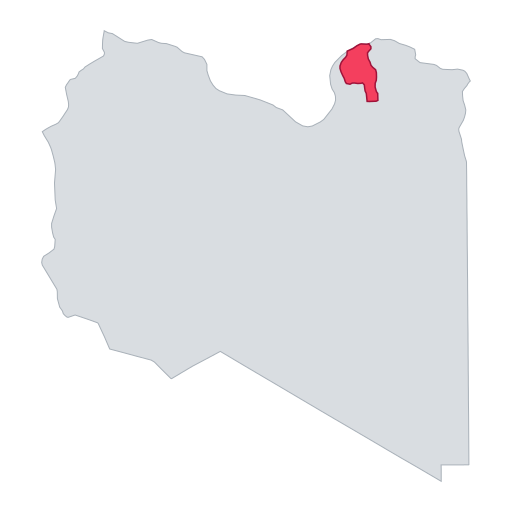 where Al Marj sits in Libya
{"feature_id": "LBY-2981", "entity_name": "Al Marj", "entity_type": "Municipality", "adm_level": 1, "iso_a3": "LBY", "parent_name": "Libya", "parent_adm1": "", "projection": "natural_earth1", "projection_center": [21.128, 31.907], "detail": "fine", "context": "in_parent", "style": "filled", "palette": "rose", "viewbox_px": 512, "rotation_deg": 0, "n_neighbors": 0, "source": "natural_earth", "source_scale": "10m", "svg_char_len": 3719}
<svg xmlns="http://www.w3.org/2000/svg" viewBox="0 0 512 512"><path d="M48.0,128.0L51.3,126.2L55.9,124.2L58.3,122.8L59.4,121.5L63.0,116.4L64.8,113.6L67.4,109.7L68.5,107.0L68.6,104.5L68.3,101.5L66.6,94.3L65.3,87.3L66.6,84.6L67.6,83.3L69.8,80.0L70.7,79.4L75.3,78.3L77.2,76.1L78.6,73.4L79.0,72.0L81.1,70.4L83.5,68.9L85.0,67.0L89.9,63.9L94.4,61.2L99.5,58.3L103.5,56.0L104.4,54.0L104.4,52.3L102.4,48.5L102.5,43.9L102.7,40.1L103.0,37.8L104.1,31.6L104.2,30.7L108.2,32.8L112.4,33.6L124.7,41.4L128.6,42.3L137.4,43.3L147.8,40.1L151.7,39.5L158.4,42.5L161.4,43.3L166.4,43.6L174.9,46.3L177.1,47.2L182.0,51.5L184.4,52.8L202.1,56.8L204.5,59.4L206.9,64.4L206.9,70.6L208.2,75.1L210.4,80.9L213.0,85.1L215.9,88.5L219.3,90.7L227.1,93.9L235.9,95.1L244.8,95.5L260.1,99.9L273.0,105.0L276.2,107.5L282.7,109.9L295.5,121.8L302.7,125.9L307.8,126.8L312.3,126.0L320.4,121.9L323.8,119.4L331.9,109.1L334.6,103.8L335.6,100.0L335.4,96.1L334.4,92.7L332.1,89.0L330.6,84.3L329.7,75.6L330.9,69.7L332.5,66.1L334.9,62.4L341.7,55.5L348.4,50.5L360.2,44.1L367.1,44.0L370.0,43.3L375.6,38.8L377.9,38.6L381.1,39.7L390.4,39.4L394.5,40.7L399.4,43.5L405.6,45.3L410.0,47.0L414.7,49.3L415.7,54.9L415.2,56.5L415.1,58.7L420.0,62.6L433.8,64.4L436.5,65.4L440.3,68.4L442.7,69.3L452.1,69.7L457.6,69.1L462.9,70.2L464.8,71.2L466.8,73.5L469.3,79.1L470.3,81.0L469.3,81.9L467.8,83.9L466.9,85.6L464.4,88.5L462.4,91.5L462.6,96.0L463.1,100.6L464.6,105.0L465.8,109.9L465.5,113.2L464.5,117.1L463.3,120.4L459.3,127.3L458.7,128.9L458.9,131.2L461.5,139.3L461.7,141.8L463.3,149.7L464.7,156.1L466.3,161.1L466.5,162.5L466.6,169.9L466.7,177.3L466.7,184.7L466.8,192.1L466.9,199.5L466.9,206.9L467.0,214.3L467.1,221.7L467.1,229.1L467.2,236.5L467.2,243.9L467.3,251.3L467.4,258.7L467.4,266.0L467.5,273.4L467.6,280.8L467.6,288.2L467.7,295.6L467.7,303.0L467.8,310.4L467.8,317.8L467.9,325.2L468.0,332.6L468.0,340.0L468.1,347.4L468.1,354.8L468.2,362.2L468.2,369.6L468.3,376.9L468.3,384.3L468.4,391.7L468.4,399.1L468.6,415.5L468.7,431.9L468.8,448.3L468.9,464.7L468.7,464.8L461.7,464.9L454.8,464.9L448.0,464.9L441.1,464.9L441.2,469.0L441.2,473.1L441.2,477.2L441.2,481.3L427.9,473.5L414.6,465.7L401.2,458.0L387.9,450.2L374.7,442.4L361.4,434.6L348.1,426.8L334.9,419.1L321.6,411.3L308.4,403.5L295.2,395.7L282.0,387.9L268.8,380.1L255.7,372.4L242.5,364.6L229.4,356.8L220.3,351.4L210.4,356.7L202.7,360.8L192.5,366.2L180.7,373.2L171.7,378.6L171.2,378.6L170.8,378.4L161.6,369.3L154.5,362.1L151.2,360.1L137.6,356.5L124.0,352.8L109.7,349.0L107.2,343.2L104.4,336.7L100.6,328.6L98.3,323.6L97.6,322.8L86.7,318.9L75.1,315.0L68.3,317.3L67.1,317.2L65.2,315.7L63.3,313.7L62.4,310.9L59.7,307.1L57.4,298.6L57.3,291.7L56.9,289.3L51.1,279.7L45.8,270.9L42.3,265.1L41.7,262.5L42.2,259.2L43.7,256.3L49.1,252.9L54.0,249.1L54.7,246.5L55.2,239.4L53.7,237.1L52.6,232.9L51.6,227.1L51.6,223.5L53.9,216.1L56.6,208.5L55.2,200.0L54.5,183.0L55.6,169.6L55.1,164.7L54.8,162.6L53.3,156.3L51.5,149.8L50.7,147.5L48.3,142.2L44.3,135.7L42.3,131.7L45.3,129.6L48.0,128.0Z" fill="#d9dde1" stroke="#a8b0b8" stroke-width="1"/><path d="M347.2,51.1L353.1,48.5L356.8,45.8L359.9,44.2L361.2,43.9L366.3,44.2L367.5,44.1L368.1,43.9L368.2,44.1L368.4,44.1L368.7,44.0L368.9,44.0L369.0,43.9L369.1,44.3L370.9,46.7L370.9,48.8L369.0,50.9L367.5,52.8L367.6,55.5L368.3,58.9L370.0,62.1L371.0,65.3L372.7,67.3L375.6,69.7L376.4,72.7L376.5,77.1L376.3,80.3L375.2,83.2L375.1,87.0L376.2,91.0L376.9,92.5L377.7,93.3L377.9,100.4L376.2,101.2L369.3,101.5L367.1,101.4L366.3,93.5L365.1,90.9L364.6,87.5L364.3,84.8L362.5,82.9L361.0,83.3L357.8,83.5L354.3,83.0L352.2,83.1L350.0,84.2L346.4,83.5L345.3,81.8L344.2,78.3L342.8,75.7L341.1,72.0L340.0,68.5L340.0,66.0L341.3,62.4L343.3,59.6L345.6,57.3L346.9,55.2L347.2,51.6L347.2,51.1Z" fill="#f43f5e" stroke="#9f1239" stroke-width="1.5"/></svg>